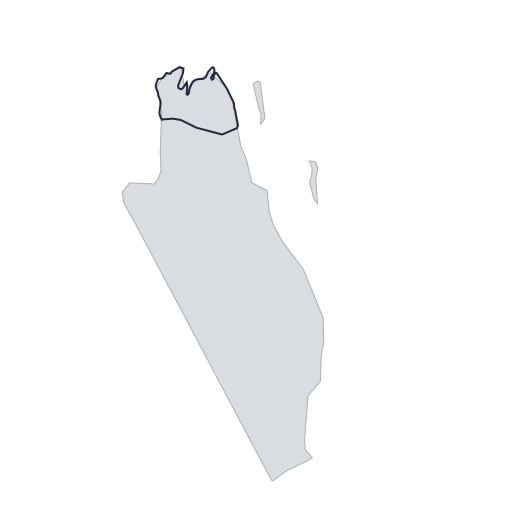 where Corozal sits in Belize, rotated 330°
{"feature_id": "BLZ-1325", "entity_name": "Corozal", "entity_type": "District", "adm_level": 1, "iso_a3": "BLZ", "parent_name": "Belize", "parent_adm1": "", "projection": "robinson", "projection_center": [-88.323, 18.225], "detail": "fine", "context": "in_parent", "style": "outline", "palette": "slate", "viewbox_px": 512, "rotation_deg": 330, "n_neighbors": 0, "source": "natural_earth", "source_scale": "10m", "svg_char_len": 1911}
<svg xmlns="http://www.w3.org/2000/svg" viewBox="0 0 512 512"><g transform="rotate(330 256 256)"><path d="M168.0,158.4L167.9,144.8L171.8,134.0L183.1,129.5L197.8,138.9L203.9,142.8L209.4,140.6L216.3,134.9L224.9,118.3L246.3,84.1L254.8,59.9L263.2,55.0L275.3,54.2L285.7,55.7L278.4,73.4L285.7,75.7L292.3,74.1L308.2,74.7L314.3,94.2L312.7,110.5L297.7,153.5L295.8,168.3L289.0,190.4L298.3,205.0L289.6,224.3L286.7,236.8L286.0,255.6L290.3,291.4L283.3,343.0L270.9,365.5L263.2,374.0L249.4,396.4L231.3,403.1L206.2,439.2L201.7,448.6L204.1,458.8L198.3,459.0L174.2,457.3L157.9,459.2L157.3,458.3L158.7,419.5L160.8,359.5L162.4,315.4L164.0,272.4L165.1,240.2L166.7,196.3L168.0,158.4ZM332.6,141.2L326.2,144.1L331.5,135.1L332.3,129.3L339.7,105.3L345.1,105.4L346.5,107.6L332.6,141.2ZM346.0,219.6L335.5,241.4L334.8,235.2L339.2,219.0L345.1,213.4L348.7,207.4L349.5,200.3L354.7,203.8L353.4,210.7L346.0,219.6Z" fill="#d9dde1" stroke="#a8b0b8" stroke-width="1"/><path d="M269.8,52.8L270.5,53.1L271.8,54.5L272.8,55.2L273.6,55.1L274.4,54.6L275.4,54.2L283.8,54.2L284.6,54.3L284.6,54.9L287.0,57.2L284.3,61.0L273.8,69.4L272.8,71.6L274.3,74.1L276.3,74.2L282.8,71.0L282.0,73.2L280.7,75.6L277.6,80.0L276.9,81.3L277.3,82.1L278.3,82.0L279.5,81.0L281.8,78.2L286.3,74.6L288.4,73.5L290.7,73.1L293.7,73.6L297.7,75.7L299.4,76.3L302.3,75.8L306.4,72.7L311.1,71.1L312.7,70.9L313.4,71.4L313.2,73.6L312.4,75.1L309.7,77.4L306.6,78.8L306.0,79.5L306.0,81.2L307.0,81.5L308.2,81.0L309.2,79.1L310.3,78.3L311.7,77.6L313.0,77.4L313.4,78.2L314.5,96.7L313.5,111.0L313.0,113.4L311.1,117.2L310.7,119.6L305.6,134.0L303.2,135.7L287.3,133.8L268.6,115.2L258.7,100.4L252.5,95.4L243.8,91.2L242.5,90.9L242.6,90.4L242.8,87.9L243.3,85.2L244.6,82.7L248.8,77.4L250.5,74.5L251.0,72.7L251.5,68.7L252.8,65.0L253.5,60.3L254.2,58.6L255.2,57.4L259.4,53.8L260.8,54.0L262.1,54.8L263.5,55.2L264.7,55.0L267.4,53.9L268.8,53.1L269.8,52.8Z" fill="none" stroke="#1e293b" stroke-width="2"/></g></svg>